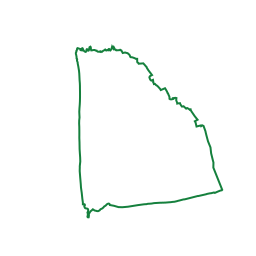 Santiago Tapextla, Oaxaca, Mexico, rotated 68°
{"feature_id": "50627088B73039114437677", "entity_name": "Santiago Tapextla", "entity_type": "district", "adm_level": 2, "iso_a3": "MEX", "parent_name": "Mexico", "parent_adm1": "Oaxaca", "projection": "mercator", "projection_center": [-98.492, 16.33], "detail": "fine", "context": "isolated", "style": "outline", "palette": "green", "viewbox_px": 256, "rotation_deg": 68, "n_neighbors": 0, "source": "geoboundaries", "source_scale": "gbopen_adm2", "svg_char_len": 5112}
<svg xmlns="http://www.w3.org/2000/svg" viewBox="0 0 256 256"><g transform="rotate(68 128 128)"><path d="M35.2,145.3L36.7,146.3L36.9,146.6L37.2,146.7L37.3,147.1L37.7,147.3L38.2,147.5L38.8,148.2L39.3,148.4L39.9,148.6L40.5,148.6L43.0,149.1L44.1,149.6L44.3,149.6L44.5,149.6L44.7,149.4L45.1,149.4L45.5,149.5L45.8,149.8L46.6,150.1L47.0,150.1L47.4,150.1L47.7,150.1L48.2,150.1L48.6,150.2L49.1,150.4L50.0,150.6L52.2,151.0L56.6,152.0L59.3,152.8L61.9,153.7L65.3,154.9L68.5,155.9L71.0,156.8L73.5,157.8L76.6,159.0L79.1,160.0L81.8,161.1L85.3,162.6L88.3,164.0L91.5,165.6L94.7,167.1L97.8,168.2L100.1,169.0L102.7,170.4L105.5,171.6L108.6,172.7L112.2,174.1L116.2,175.7L119.1,176.9L123.0,178.3L126.4,179.6L129.5,180.8L133.1,182.0L137.4,183.4L141.2,184.8L145.5,187.1L146.1,187.3L149.8,188.9L155.8,190.8L162.3,192.8L165.6,193.9L170.8,195.2L176.4,196.8L180.3,197.8L181.8,198.4L182.4,196.9L183.3,196.8L183.6,197.1L183.8,197.4L184.0,197.8L185.0,197.9L185.5,197.9L186.1,197.8L186.5,197.5L186.9,196.9L187.5,196.0L187.9,195.6L188.4,195.6L189.1,195.6L189.7,195.9L189.9,196.1L190.5,196.4L190.7,196.7L191.1,197.2L191.5,197.3L192.0,197.3L192.8,197.5L193.2,197.6L193.7,198.0L194.2,198.1L194.6,198.5L195.0,198.8L195.6,198.8L195.9,198.5L196.1,198.0L195.8,197.7L195.5,197.6L195.1,197.4L194.7,197.1L194.4,197.0L194.0,196.9L193.4,196.6L193.1,196.5L192.7,196.2L192.5,195.8L192.2,195.3L191.8,194.9L191.5,194.4L191.3,194.1L191.1,193.7L191.0,193.2L190.9,192.9L190.8,192.4L190.5,191.8L190.2,191.1L190.5,190.8L191.0,190.5L191.7,190.1L192.2,189.6L192.5,189.1L192.8,188.6L193.2,188.2L193.6,187.6L193.9,186.8L193.8,186.2L193.8,185.4L193.6,184.9L193.1,184.1L193.0,183.6L193.0,182.8L192.9,181.7L192.6,181.1L192.4,180.4L192.2,180.1L191.9,179.7L191.7,178.4L191.5,177.5L190.9,176.4L190.8,175.9L190.7,175.0L190.8,174.3L191.0,174.0L191.3,173.7L192.1,173.6L192.6,173.7L194.9,170.1L195.0,170.0L197.9,166.3L199.5,162.4L201.0,157.4L203.2,147.8L204.8,141.5L205.5,139.5L205.7,138.0L206.2,136.6L206.9,134.4L207.4,132.0L209.2,126.6L211.2,121.2L212.4,117.3L212.7,116.5L213.2,114.4L213.8,112.5L214.2,109.8L214.3,108.5L214.4,108.2L215.0,103.4L215.4,102.1L216.3,95.5L217.2,88.7L217.4,88.4L218.7,80.4L218.7,79.7L218.8,79.0L219.2,76.8L219.7,74.9L219.7,74.5L219.7,74.4L219.8,73.9L219.9,73.4L220.0,72.4L220.6,72.0L220.7,71.8L220.6,69.1L220.6,66.7L220.6,65.9L220.7,65.3L220.8,64.8L220.9,64.4L220.6,63.8L196.8,63.7L196.7,63.7L192.0,61.7L189.6,61.4L182.6,60.4L176.9,58.8L170.3,58.8L163.8,58.0L161.0,57.6L160.1,57.4L154.4,57.2L153.4,58.1L153.7,59.5L152.9,59.5L152.3,63.9L148.2,63.3L146.8,63.5L146.4,60.4L142.1,61.7L136.7,62.9L135.4,63.1L134.2,63.0L134.3,63.9L133.5,64.2L131.7,65.6L131.5,66.6L131.7,66.9L128.7,68.3L128.7,68.8L128.3,70.0L127.7,70.1L127.1,70.3L125.1,70.6L124.5,70.5L124.0,72.0L123.8,73.2L123.2,73.0L120.3,72.9L118.4,71.9L117.8,72.7L117.2,75.1L118.0,75.2L117.8,76.8L117.2,78.1L116.5,78.6L116.2,78.5L114.6,77.9L111.6,78.0L111.0,77.9L110.6,78.2L108.8,78.2L106.0,78.6L105.0,78.8L105.1,83.4L103.7,83.6L100.7,84.7L99.5,85.3L98.8,85.9L97.7,86.3L97.2,86.5L97.0,87.5L96.4,87.4L95.0,87.5L94.9,87.3L92.7,86.8L92.7,87.3L92.8,87.9L92.9,88.4L92.7,88.7L92.1,89.1L90.8,89.3L89.1,89.2L88.5,88.7L88.1,88.0L87.9,85.9L82.4,87.4L82.1,87.5L80.7,87.7L80.2,87.9L78.8,88.0L78.6,87.9L73.8,89.6L72.4,94.0L71.6,94.0L70.7,94.7L69.9,94.6L67.3,93.6L66.7,95.0L66.0,95.4L64.1,97.5L63.4,98.9L63.2,99.0L62.8,99.2L62.7,99.1L60.4,99.3L59.8,99.7L59.5,99.9L59.1,100.0L58.5,100.3L57.2,102.1L56.9,102.4L56.5,104.8L53.6,105.1L53.4,105.5L52.7,105.8L52.5,106.0L52.6,106.4L52.6,106.8L52.4,107.4L51.6,109.8L51.2,110.1L50.8,110.0L50.6,110.2L50.4,110.4L49.9,111.1L49.9,111.6L49.2,111.7L48.7,110.8L47.0,111.0L46.9,111.2L47.0,111.5L47.6,111.9L47.8,112.1L47.6,112.5L47.0,112.5L46.9,112.5L47.4,112.9L48.4,113.3L48.6,113.8L48.8,114.5L49.3,114.8L49.5,115.2L49.2,115.4L49.0,116.1L48.5,116.6L48.4,116.5L48.2,115.9L48.0,115.7L47.8,115.8L47.6,116.0L47.6,116.4L47.8,116.7L48.4,117.2L48.5,117.4L48.1,117.7L47.9,118.1L47.8,118.6L48.0,118.8L48.0,119.2L47.8,119.4L46.7,119.8L47.0,120.7L47.1,122.0L47.5,123.3L47.8,124.2L47.7,124.1L47.5,124.6L47.2,124.9L46.6,124.8L46.5,125.2L46.8,125.5L46.0,127.2L45.9,127.4L45.1,128.0L44.5,128.1L44.4,128.5L44.0,129.1L43.8,129.1L43.5,129.4L43.2,129.7L43.0,130.1L42.9,130.5L42.8,130.8L42.7,131.1L42.6,131.5L42.6,131.9L42.5,132.3L42.4,132.6L42.3,133.0L42.1,133.0L41.9,133.0L41.7,133.0L41.4,132.9L41.1,132.9L40.8,132.8L40.6,132.7L40.2,132.6L39.9,132.5L39.6,132.4L39.1,132.3L38.8,132.3L38.5,132.4L38.6,133.0L38.7,133.4L38.9,133.5L39.2,133.8L39.5,133.9L39.8,134.2L40.2,134.4L40.4,134.7L40.9,134.9L41.1,135.1L41.3,135.2L41.5,135.6L41.4,136.0L41.1,136.1L40.8,136.1L40.6,136.2L40.3,136.2L39.8,136.3L39.6,136.4L39.5,136.7L39.8,137.1L40.3,137.2L40.6,137.4L40.8,137.6L41.6,138.7L41.1,139.3L40.8,139.5L40.5,139.7L40.1,139.9L39.8,140.0L39.6,140.1L39.4,140.2L39.1,140.2L38.8,140.2L38.3,140.2L38.0,140.2L37.6,140.2L37.2,140.2L36.9,140.4L36.9,140.7L37.0,141.0L37.3,141.3L37.5,141.6L37.9,141.7L38.2,141.8L38.6,141.9L38.1,142.7L37.7,142.4L37.5,142.1L37.2,142.1L36.8,142.8L36.2,143.5L35.9,143.9L35.7,144.1L35.4,144.4L35.4,144.6L35.1,144.8L35.2,145.2L35.2,145.3Z" fill="none" stroke="#15803d" stroke-width="2"/></g></svg>